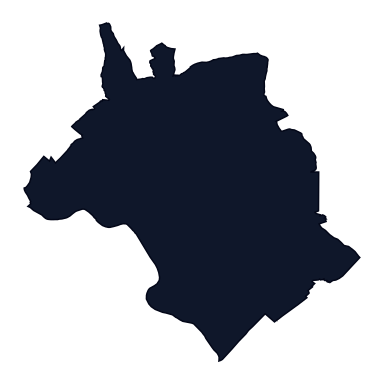 the district of Bradesti, Dolj, Romania
{"feature_id": "2599482B10867437215868", "entity_name": "Bradesti", "entity_type": "district", "adm_level": 2, "iso_a3": "ROU", "parent_name": "Romania", "parent_adm1": "Dolj", "projection": "mercator", "projection_center": [23.618, 44.508], "detail": "fine", "context": "isolated", "style": "filled", "palette": "ink", "viewbox_px": 384, "rotation_deg": 0, "n_neighbors": 0, "source": "geoboundaries", "source_scale": "gbopen_adm2", "svg_char_len": 5823}
<svg xmlns="http://www.w3.org/2000/svg" viewBox="0 0 384 384"><path d="M218.9,361.0L220.7,360.4L222.4,359.4L231.8,349.2L238.5,341.5L245.8,334.0L248.5,330.4L252.8,326.4L265.2,313.8L274.5,321.9L276.6,320.1L276.9,320.4L277.3,319.6L278.2,319.2L282.4,315.9L298.2,304.4L306.9,297.7L305.6,296.4L308.6,293.7L309.1,293.0L308.3,290.8L307.9,290.6L312.5,286.9L312.5,286.2L311.9,286.0L312.6,285.6L314.7,283.5L311.9,281.6L313.1,280.4L318.3,279.9L319.7,279.1L320.5,279.9L322.0,279.6L323.1,279.7L323.4,279.1L323.9,278.8L324.1,279.1L324.0,279.7L324.8,280.5L327.0,280.5L327.5,280.7L327.0,281.6L327.8,282.0L328.6,282.2L329.3,281.8L329.9,282.5L332.8,280.5L335.9,280.0L339.2,278.4L342.7,275.9L359.8,257.5L358.7,256.4L355.1,251.7L353.3,250.1L348.6,246.5L344.8,245.7L343.9,245.4L341.5,242.8L337.7,239.3L333.9,237.8L329.7,234.7L325.4,230.4L321.6,227.9L319.9,225.6L319.1,223.9L326.1,221.5L325.4,219.6L325.5,219.1L326.1,219.0L325.4,218.2L324.8,218.0L325.6,217.5L325.7,216.8L324.4,215.7L322.7,214.9L321.5,215.4L320.6,215.5L320.9,215.2L320.7,214.9L315.9,213.5L315.0,212.3L318.5,210.9L318.7,172.0L310.3,172.0L314.7,170.3L315.5,169.7L316.0,168.7L316.2,168.0L316.1,166.8L315.7,163.9L316.0,162.5L315.3,160.0L315.3,159.3L315.7,158.0L315.7,157.0L315.2,155.7L313.7,153.3L311.4,151.1L311.0,147.2L310.1,144.9L309.3,143.8L303.5,138.7L302.7,136.8L302.0,135.7L301.8,133.9L300.8,133.0L294.5,130.0L291.4,129.6L289.8,129.0L288.3,129.2L282.4,131.2L281.2,131.2L280.3,129.8L279.3,128.6L277.2,124.9L276.9,123.7L276.6,121.8L276.1,121.4L286.6,116.2L287.8,115.4L286.5,113.3L285.2,111.9L283.6,111.0L282.6,111.1L283.0,110.8L282.7,110.1L283.3,109.8L283.3,109.6L273.9,106.9L272.9,106.4L271.2,105.1L269.3,103.1L267.3,100.4L266.6,98.9L265.9,96.4L264.3,95.7L263.9,95.0L263.9,93.6L264.4,92.5L264.5,91.8L264.2,88.8L264.4,86.4L264.2,81.0L265.1,78.9L265.5,76.2L266.3,72.7L266.7,71.6L266.9,70.5L266.8,68.8L267.1,67.7L267.6,63.4L267.6,62.3L268.0,60.3L268.0,59.6L267.8,59.2L266.5,57.6L264.4,56.6L262.6,56.2L260.1,55.2L257.5,53.2L256.3,53.6L253.8,53.6L246.9,54.5L242.7,54.4L239.5,55.3L236.5,55.5L232.2,57.1L229.6,57.4L227.9,57.9L225.3,58.1L223.8,57.9L218.3,58.6L217.1,59.4L217.0,59.2L215.5,59.6L213.3,59.8L211.5,60.9L208.9,61.9L206.3,62.4L201.9,62.2L197.7,63.2L194.7,64.3L192.6,65.4L190.3,67.0L190.4,67.8L190.2,67.8L185.2,72.0L183.7,72.7L183.1,73.3L181.5,73.8L179.4,75.6L178.9,75.6L178.6,75.3L177.4,75.7L176.9,75.4L175.8,75.9L175.7,75.8L176.1,75.3L175.5,75.4L175.0,75.0L173.9,75.7L173.1,75.9L173.4,75.1L174.0,72.7L174.9,69.8L174.7,67.9L173.9,65.4L174.2,61.1L173.4,58.8L173.3,58.1L173.4,56.6L174.0,52.9L175.0,49.0L171.1,48.6L167.3,47.5L165.6,46.5L165.2,45.7L163.3,44.5L162.4,43.5L161.7,43.2L160.6,43.9L156.8,45.7L157.0,45.9L154.5,47.6L153.7,48.5L151.1,50.1L150.6,50.7L150.9,51.7L151.8,53.4L152.3,55.9L152.6,56.1L153.8,56.2L154.5,57.4L154.8,57.4L155.2,58.1L154.2,58.9L150.1,60.8L150.0,61.5L149.8,61.8L149.9,62.9L150.9,63.8L150.7,65.8L150.9,66.3L151.6,67.1L152.4,68.7L153.0,68.9L153.0,69.6L153.4,70.1L153.4,70.6L153.0,71.9L153.9,72.8L153.5,73.8L153.6,74.4L154.7,75.3L155.0,75.3L155.5,76.2L155.1,77.5L154.8,77.9L154.7,78.4L153.3,78.3L152.6,77.4L152.2,77.2L150.3,77.2L147.0,77.7L144.3,78.8L142.5,78.6L141.4,79.0L136.7,79.6L136.3,78.1L134.1,74.8L132.8,72.3L132.4,72.0L131.8,69.1L131.7,67.7L131.0,63.3L130.5,61.7L129.8,60.1L126.4,55.9L123.5,50.6L123.6,47.8L121.4,50.7L121.1,50.6L120.4,48.4L120.2,46.9L119.6,45.5L117.9,43.4L116.2,39.9L114.3,36.9L113.9,36.0L113.2,33.5L111.8,31.9L110.8,30.2L110.7,26.8L109.6,24.3L109.0,23.6L108.3,23.3L107.2,23.7L106.6,23.0L101.8,24.8L99.6,25.2L100.5,28.1L100.2,29.7L100.1,31.2L100.7,34.8L101.3,36.9L102.2,38.3L103.4,43.8L103.9,44.8L103.8,45.8L104.5,47.9L104.4,49.6L104.9,51.4L105.5,52.9L105.7,54.4L105.6,56.7L105.2,58.0L105.4,58.4L105.2,59.2L105.5,60.1L104.8,60.5L104.1,66.1L103.0,67.2L102.7,68.1L102.7,69.4L102.4,71.6L101.1,74.8L101.2,76.6L102.1,76.9L102.3,77.2L102.5,79.2L102.6,82.1L102.9,83.7L102.3,85.7L102.2,86.6L102.6,87.3L103.1,87.5L104.1,89.2L104.2,90.5L105.0,91.1L105.3,93.4L105.9,94.2L105.8,94.8L105.7,96.3L107.9,98.1L108.3,98.1L108.6,98.6L109.0,98.7L109.0,99.3L109.3,99.6L108.7,100.3L102.6,99.7L102.4,100.9L101.1,100.9L100.3,101.3L100.2,101.4L100.3,101.8L93.3,106.6L94.6,108.2L94.4,109.1L92.2,109.8L91.9,109.7L91.9,109.4L89.3,110.2L86.5,112.5L85.4,114.2L79.5,119.4L80.0,119.2L79.5,120.0L78.9,120.2L75.8,122.3L75.1,123.3L73.3,124.9L71.8,126.4L71.7,126.6L74.8,129.4L80.2,133.8L82.3,135.0L81.8,135.7L82.6,138.1L80.6,138.5L79.2,139.2L78.8,139.1L77.2,139.6L74.7,141.2L73.3,143.0L71.3,144.5L71.0,145.0L71.1,145.5L70.9,146.2L70.4,146.3L70.1,147.1L69.4,147.7L69.2,148.4L68.2,149.2L67.6,150.3L60.4,158.1L57.2,161.1L55.6,163.0L51.1,157.1L49.5,161.1L43.8,156.4L37.1,164.6L30.5,171.5L31.4,173.8L31.4,174.9L31.2,177.2L29.9,181.8L29.6,182.6L27.3,185.9L25.7,187.6L24.2,188.0L24.2,188.8L24.5,190.1L25.4,192.1L27.6,195.4L28.9,198.2L30.7,201.4L30.2,202.5L30.7,203.9L27.9,206.4L30.2,207.4L33.6,210.4L41.8,214.9L43.8,216.9L45.5,218.3L46.6,218.9L48.0,219.3L51.0,219.6L57.7,219.5L59.3,219.1L61.9,218.9L66.1,217.9L67.4,217.4L70.0,215.9L72.7,213.6L75.2,211.7L76.5,211.0L82.3,209.1L84.1,209.1L85.3,209.6L88.7,211.9L92.8,215.6L94.2,217.5L96.0,219.0L96.1,219.7L96.5,220.5L98.4,222.4L102.5,225.5L105.5,226.7L108.2,227.3L110.0,227.3L113.6,226.5L117.6,225.4L120.5,224.3L123.1,223.7L125.8,223.8L127.1,224.3L131.5,228.7L132.7,230.2L134.1,231.4L135.2,233.1L136.2,233.9L150.3,257.3L155.4,264.5L157.2,268.0L158.8,272.6L159.6,277.4L159.3,280.3L157.1,283.8L154.5,285.7L149.8,288.3L149.2,288.9L148.2,290.3L147.0,293.2L146.5,295.3L146.4,299.0L148.9,304.0L151.3,306.7L155.2,309.4L162.6,312.3L166.1,313.0L172.5,314.8L175.8,317.3L177.3,318.0L179.6,319.6L182.8,321.3L189.5,322.6L191.9,323.1L193.7,323.8L201.8,332.1L203.6,334.6L204.6,335.7L206.0,338.6L212.0,347.3L214.0,350.0L217.1,353.0L218.7,355.8L219.1,357.4L219.0,360.2L218.9,361.0Z" fill="#0f172a" stroke="#020617" stroke-width="1.5"/></svg>